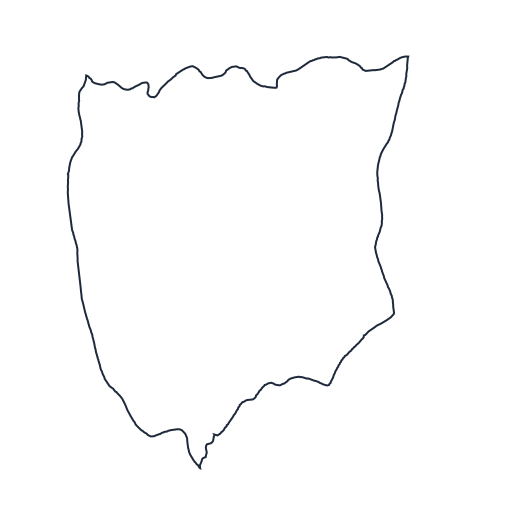 outline of Cidade De Nampula, Nampula, Mozambique, rotated 352°
{"feature_id": "85939544B70859422468328", "entity_name": "Cidade De Nampula", "entity_type": "district", "adm_level": 2, "iso_a3": "MOZ", "parent_name": "Mozambique", "parent_adm1": "Nampula", "projection": "equal_earth", "projection_center": [39.268, -15.115], "detail": "fine", "context": "isolated", "style": "outline", "palette": "slate", "viewbox_px": 512, "rotation_deg": 352, "n_neighbors": 0, "source": "geoboundaries", "source_scale": "gbopen_adm2", "svg_char_len": 5909}
<svg xmlns="http://www.w3.org/2000/svg" viewBox="0 0 512 512"><g transform="rotate(352 256 256)"><path d="M77.7,177.8L77.5,204.7L78.2,207.8L78.2,209.5L78.6,210.9L78.8,213.7L79.4,216.6L79.4,218.1L79.8,219.8L80.1,224.3L79.4,228.6L79.1,232.8L78.6,236.5L78.0,262.0L77.8,266.5L77.7,271.4L77.5,273.9L78.2,279.3L79.0,288.4L79.4,290.1L79.4,291.5L79.8,292.9L79.8,294.3L80.2,295.6L80.6,298.4L80.6,299.7L81.0,300.9L81.0,302.3L82.1,306.8L82.1,308.1L82.9,311.2L82.9,314.2L83.3,315.9L83.3,317.2L83.6,318.8L83.8,324.5L84.1,325.8L84.2,329.3L84.6,331.2L84.6,332.6L85.0,333.8L85.0,335.2L85.4,336.7L85.4,338.1L85.8,339.4L85.8,340.6L86.2,342.0L86.2,343.4L86.5,346.4L87.4,349.3L87.8,351.7L89.0,355.1L89.0,356.4L92.9,364.5L96.1,367.6L97.9,370.8L98.9,371.3L99.8,372.9L101.9,375.7L103.7,378.8L105.8,385.0L107.2,390.7L109.6,397.1L111.7,402.2L112.7,403.7L113.1,405.4L114.0,407.1L118.2,412.6L119.7,413.7L120.6,414.9L123.0,416.7L123.8,418.0L126.5,420.0L129.9,420.3L133.0,419.4L134.0,419.4L135.3,418.9L136.4,418.9L138.5,417.9L139.6,417.9L140.8,417.4L143.6,417.4L144.7,416.9L147.3,416.6L153.7,416.6L156.0,416.9L158.1,418.0L159.0,419.1L161.2,422.2L162.4,426.7L162.1,431.3L162.1,437.1L162.4,438.9L162.4,440.4L163.1,443.3L165.6,449.3L166.4,450.9L167.4,452.2L168.2,453.9L169.5,455.1L169.9,456.3L170.8,458.1L171.2,458.4L171.2,455.7L173.6,451.6L174.4,449.7L175.6,448.7L178.2,448.1L178.7,446.4L179.4,445.0L179.9,443.5L179.6,439.0L180.2,436.9L181.3,435.6L185.1,435.2L186.6,434.4L187.8,433.0L189.1,429.0L189.9,427.6L189.7,426.9L192.9,428.3L196.1,426.8L197.0,425.7L198.3,425.1L200.3,423.4L201.2,421.8L203.1,420.7L203.5,419.4L204.9,418.8L205.8,417.4L211.0,411.8L211.8,410.5L213.3,409.4L215.6,406.1L216.7,405.2L217.4,403.5L218.7,402.6L219.2,401.2L220.4,400.6L221.4,399.5L222.4,398.8L223.4,398.8L225.8,397.7L227.1,397.4L232.9,397.6L234.9,396.6L236.3,395.3L236.6,394.1L237.7,393.4L238.9,392.3L240.7,390.0L242.6,388.8L243.5,387.5L245.7,386.0L246.7,384.9L247.9,384.9L250.1,383.9L253.3,383.6L255.7,384.8L257.0,386.0L260.9,387.3L262.2,387.3L264.8,386.3L266.0,386.3L269.6,384.4L270.9,383.1L273.6,382.1L277.2,381.6L281.7,381.5L282.7,382.1L283.8,382.1L285.3,382.6L289.3,384.5L290.6,384.5L296.0,387.4L298.4,388.4L300.5,389.5L301.7,390.7L303.1,391.3L304.3,392.3L306.6,393.4L308.4,394.1L310.3,393.9L311.1,392.7L312.1,392.2L312.7,390.8L315.0,387.7L315.9,386.0L316.4,384.8L317.4,383.5L319.1,380.5L320.1,379.5L321.0,377.9L322.0,377.1L322.5,375.8L323.8,374.7L324.3,373.5L325.4,372.7L326.0,371.3L327.2,370.6L327.9,369.3L329.3,368.6L330.0,367.4L331.5,366.9L332.7,366.2L335.1,364.0L337.1,362.9L338.2,361.6L339.3,361.0L340.4,359.9L341.6,359.4L343.0,358.1L345.5,356.5L349.3,353.1L350.2,352.6L351.3,351.5L351.7,349.7L353.4,349.3L357.1,346.3L364.0,342.9L365.8,341.8L370.5,340.3L376.6,337.7L381.1,335.4L384.4,332.6L384.8,331.2L384.8,324.8L385.1,323.3L385.1,320.7L385.3,319.2L385.3,317.7L384.9,316.2L384.9,314.4L384.0,311.4L384.0,310.0L383.6,308.5L383.2,306.8L382.3,305.0L382.3,303.6L379.9,295.7L379.9,294.2L378.6,288.5L378.6,287.2L378.1,285.8L378.1,284.5L376.4,278.0L376.4,276.5L375.7,273.3L375.7,271.6L375.3,270.1L375.1,263.5L375.8,262.3L377.2,257.9L378.2,256.3L378.6,254.6L379.4,253.9L379.8,252.6L381.7,249.6L382.5,247.7L383.5,245.1L384.5,243.7L385.3,240.8L385.3,239.4L386.2,236.7L386.2,235.3L386.6,233.3L386.6,228.3L387.1,221.3L387.2,211.9L386.8,207.8L386.8,203.1L387.0,201.4L387.0,197.8L387.4,196.6L387.4,192.4L387.8,189.6L389.5,182.8L391.8,177.1L392.2,175.6L393.1,174.5L393.5,173.2L394.3,171.8L397.0,167.9L401.2,162.9L402.6,161.7L403.2,160.3L404.2,159.5L404.7,158.0L406.6,155.0L407.1,153.5L408.0,151.9L411.0,143.3L412.4,140.4L413.8,136.0L414.6,134.6L416.0,130.8L417.7,127.0L418.7,123.8L419.5,122.5L420.5,119.9L422.2,116.4L423.1,115.3L424.5,111.7L425.5,110.8L425.9,109.3L426.7,108.0L427.0,106.4L428.0,105.0L429.3,100.3L430.0,98.6L430.0,97.1L432.0,90.7L432.0,89.2L432.4,87.3L433.9,81.0L434.5,79.7L431.5,79.2L428.3,79.5L426.0,80.0L423.8,81.0L421.9,81.5L420.9,82.1L419.8,82.1L418.6,83.1L407.9,88.2L406.7,88.2L405.3,88.6L399.7,88.6L398.7,88.3L390.4,88.0L387.5,86.2L387.1,84.8L386.2,84.2L385.3,82.4L384.1,81.3L381.6,79.2L377.5,77.1L374.9,74.9L374.1,73.6L372.8,73.0L366.7,70.5L363.3,70.5L358.7,70.0L357.6,69.5L355.3,69.5L354.1,68.8L348.1,68.6L347.0,69.0L344.5,69.0L343.1,69.5L341.9,69.5L340.7,70.1L339.4,70.1L338.2,70.6L336.9,70.6L324.2,76.9L321.6,77.9L311.4,78.8L310.4,79.3L309.4,79.3L306.2,80.3L303.8,82.0L301.5,84.3L300.5,88.8L300.5,90.6L299.8,92.1L298.5,92.1L296.6,91.8L295.2,91.3L294.2,91.3L293.0,90.7L291.9,90.7L288.0,89.1L286.8,89.1L284.1,87.9L282.8,86.8L281.9,86.3L277.6,82.3L275.1,77.3L274.7,75.9L272.7,71.5L271.7,70.9L271.3,69.6L270.3,68.7L267.9,67.7L266.6,67.7L265.3,67.1L263.0,65.5L258.6,65.4L256.0,66.2L253.8,67.5L252.4,68.0L251.6,69.6L250.6,70.6L248.1,72.2L246.3,72.7L238.8,73.2L237.8,73.5L233.1,73.2L231.0,72.2L229.6,71.0L228.2,69.2L226.7,65.9L225.7,65.3L225.2,63.7L223.0,61.5L219.7,59.2L217.6,59.2L212.0,60.4L211.1,61.0L210.1,61.1L202.2,64.8L201.5,66.1L199.1,67.3L195.6,69.7L193.0,71.0L191.6,72.2L185.8,76.4L183.4,78.8L182.9,80.0L179.7,83.5L177.5,84.7L176.5,84.2L175.1,84.2L172.9,83.2L171.2,80.4L171.4,78.7L172.3,77.1L172.7,75.2L173.2,74.1L173.3,71.0L172.4,69.3L171.1,68.8L167.4,68.8L163.9,70.2L160.2,71.3L156.7,72.8L155.5,72.8L154.3,73.5L152.1,73.5L150.3,73.1L148.0,72.1L146.5,71.0L143.1,67.1L140.0,64.3L137.9,63.7L132.9,63.8L129.9,64.9L127.5,64.9L125.3,64.4L120.3,62.4L118.1,60.6L117.8,59.0L117.0,57.4L115.9,56.7L115.2,55.2L113.9,54.1L113.0,53.6L111.9,58.2L108.9,63.9L106.8,65.7L104.2,68.6L103.7,69.7L102.9,73.1L102.9,74.3L102.5,75.7L102.5,77.6L101.9,79.1L101.4,81.0L101.4,82.4L100.6,85.4L100.5,88.9L100.7,92.8L101.0,94.2L101.0,95.7L101.3,97.6L101.2,108.5L100.6,111.9L100.6,113.5L99.7,115.4L98.9,118.7L98.0,119.9L97.6,121.2L94.5,125.2L91.9,127.6L88.9,131.3L87.7,132.5L85.3,137.0L83.4,142.3L82.7,145.4L81.0,149.0L81.4,149.6L80.9,152.4L80.3,154.8L80.2,156.8L79.2,161.5L79.2,162.9L78.4,167.3L77.7,177.8Z" fill="none" stroke="#1e293b" stroke-width="2"/></g></svg>